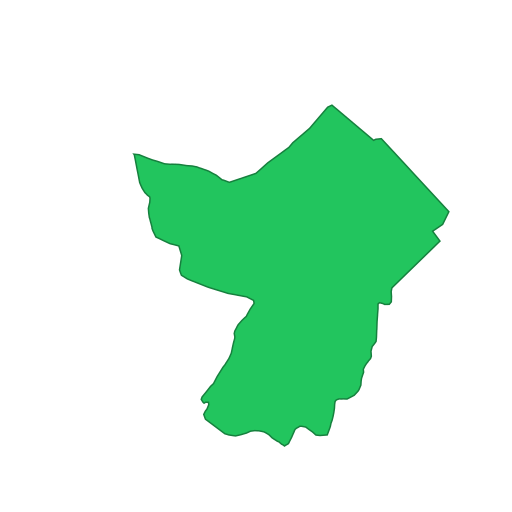 outline of Hush Isa, Al Buhayrah, Egypt, rotated 211°
{"feature_id": "37247803B77234514351972", "entity_name": "Hush Isa", "entity_type": "district", "adm_level": 2, "iso_a3": "EGY", "parent_name": "Egypt", "parent_adm1": "Al Buhayrah", "projection": "natural_earth1", "projection_center": [30.321, 30.891], "detail": "fine", "context": "isolated", "style": "filled", "palette": "green", "viewbox_px": 512, "rotation_deg": 211, "n_neighbors": 0, "source": "geoboundaries", "source_scale": "gbopen_adm2", "svg_char_len": 3821}
<svg xmlns="http://www.w3.org/2000/svg" viewBox="0 0 512 512"><g transform="rotate(211 256 256)"><path d="M268.6,424.4L271.2,420.5L275.8,393.0L279.8,381.0L282.8,372.0L283.7,366.1L285.3,362.4L288.5,354.7L291.8,346.9L292.6,345.0L293.9,341.9L296.6,333.1L298.6,326.8L302.9,321.7L316.8,305.4L320.7,304.7L322.9,304.3L324.2,303.8L325.0,303.9L325.6,304.0L331.7,304.8L335.5,304.5L340.1,304.4L343.4,303.8L344.6,303.5L348.7,302.7L349.5,302.4L352.6,301.9L353.6,301.5L357.0,300.3L361.9,297.8L369.0,294.9L372.5,293.0L375.8,291.1L376.6,290.5L381.5,288.1L382.4,287.8L388.1,286.6L389.8,286.2L394.2,285.0L398.9,284.1L404.6,283.2L408.4,282.6L413.1,280.4L412.4,280.1L412.0,279.6L410.1,277.5L408.2,275.4L402.4,268.9L400.1,266.4L395.0,260.7L394.1,259.7L393.6,259.1L391.3,257.4L388.4,255.4L385.2,253.8L383.8,253.1L382.4,252.8L380.3,252.2L378.8,252.1L377.5,251.9L376.5,250.8L375.3,248.5L374.7,247.3L372.8,241.4L370.1,237.6L367.1,233.9L366.4,233.4L364.0,231.0L362.4,229.5L361.1,228.2L360.2,227.4L359.3,226.1L357.3,224.5L351.5,220.7L348.3,221.1L343.6,221.5L336.0,222.3L332.5,223.4L327.3,224.9L319.9,218.2L315.1,206.4L314.4,204.7L311.8,202.5L310.0,201.1L303.1,201.0L299.0,201.6L290.0,203.1L286.4,203.7L282.1,204.4L280.6,204.7L278.0,205.3L273.1,206.5L266.7,208.1L263.4,208.9L260.8,209.5L257.4,210.8L254.0,212.1L250.9,213.2L249.1,213.9L245.8,215.1L243.0,216.2L239.9,216.4L238.3,216.5L235.2,216.7L233.2,214.4L233.6,207.5L233.5,204.8L233.4,201.5L233.2,199.2L233.9,197.1L234.7,194.1L234.9,193.4L235.6,189.5L235.8,188.6L235.9,187.8L235.8,185.3L235.7,184.7L235.5,180.7L235.0,179.2L234.7,178.3L233.8,177.3L232.4,175.7L232.2,175.2L231.7,174.1L231.2,172.3L231.0,171.6L230.9,171.1L230.3,169.2L228.9,165.0L228.5,164.0L227.1,159.9L226.9,158.1L226.7,156.8L226.5,154.8L226.4,154.0L226.5,151.9L226.5,150.0L226.6,148.8L226.6,147.9L226.5,147.4L227.0,143.8L227.1,138.1L227.2,132.6L226.9,127.9L226.7,124.7L227.8,120.9L228.3,116.6L228.8,112.8L229.6,107.5L229.1,104.9L226.2,103.4L224.7,103.1L223.8,104.8L221.4,106.1L219.9,104.2L219.2,99.6L219.5,96.8L219.2,93.3L215.3,90.1L191.1,87.6L189.0,88.2L187.2,88.6L186.0,89.1L182.8,90.4L180.8,91.3L180.4,91.7L178.2,93.8L176.4,95.6L175.7,96.4L174.5,97.7L173.0,99.3L172.6,99.9L171.5,101.5L170.5,103.0L167.1,105.7L166.7,105.9L165.2,106.7L163.6,107.6L162.8,107.9L160.6,108.7L158.4,109.4L155.8,109.5L154.1,109.5L153.1,109.5L151.2,109.1L148.9,108.5L148.2,108.4L147.4,108.4L146.3,108.3L144.4,108.3L142.5,108.2L140.2,108.5L139.1,108.2L138.5,108.1L137.3,107.9L135.4,108.0L133.7,107.8L133.3,108.7L133.0,109.3L132.7,109.8L131.6,111.8L131.6,112.5L131.8,114.6L132.0,117.8L132.1,119.1L132.3,120.5L132.6,122.7L132.8,124.5L133.0,125.7L133.2,127.2L133.1,127.9L132.7,129.0L132.1,130.1L131.7,130.8L131.2,131.6L130.9,132.5L129.6,133.3L129.3,133.5L125.3,135.0L121.3,134.6L117.0,134.3L113.9,133.7L113.2,133.5L112.4,133.4L108.7,135.1L105.2,137.6L102.8,139.3L103.2,141.5L103.6,143.7L104.0,145.8L104.5,148.2L105.6,151.3L105.7,152.0L106.2,154.5L107.4,158.4L108.6,161.7L110.4,166.0L112.0,169.0L112.3,169.6L112.9,171.1L113.3,172.1L113.0,174.1L111.6,175.8L111.2,176.3L109.2,177.4L107.6,178.5L104.3,180.3L101.8,184.4L100.1,187.2L99.3,190.9L98.9,193.0L98.9,194.5L99.0,195.2L99.6,199.3L101.4,202.8L102.5,205.4L103.2,208.4L103.9,211.8L105.7,214.2L106.0,218.0L105.9,220.9L105.6,222.6L105.6,223.6L105.5,224.4L105.0,227.0L105.5,229.5L108.4,233.6L108.7,234.6L109.8,238.3L109.5,240.2L109.2,242.9L109.1,244.6L110.6,247.8L111.4,249.3L114.3,254.5L114.7,255.4L116.6,258.8L118.5,262.2L118.8,262.8L121.3,267.8L121.6,268.3L124.3,273.7L126.7,277.7L126.1,279.6L122.7,280.6L121.6,280.7L120.7,280.8L116.9,283.2L116.4,286.4L116.9,287.3L119.0,291.1L121.8,295.1L123.1,298.7L106.0,363.5L117.4,368.2L112.3,379.2L113.5,393.3L129.6,398.0L161.6,407.3L176.9,411.8L209.0,421.1L213.5,417.7L213.9,417.1L214.7,415.7L268.6,424.4Z" fill="#22c55e" stroke="#15803d" stroke-width="1.5"/></g></svg>